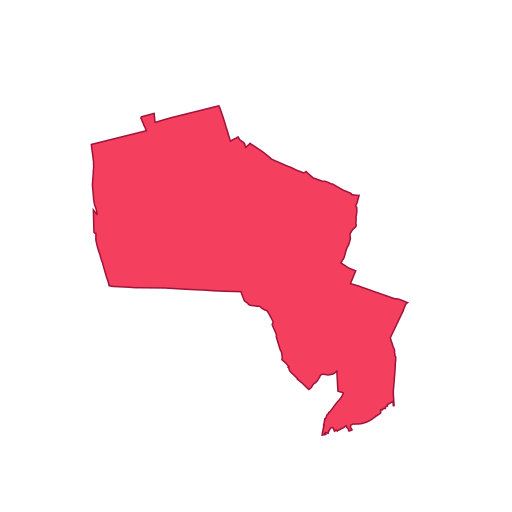 Mischii, Dolj, Romania, rotated 125°
{"feature_id": "2599482B32935756416013", "entity_name": "Mischii", "entity_type": "district", "adm_level": 2, "iso_a3": "ROU", "parent_name": "Romania", "parent_adm1": "Dolj", "projection": "robinson", "projection_center": [23.877, 44.421], "detail": "fine", "context": "isolated", "style": "filled", "palette": "rose", "viewbox_px": 512, "rotation_deg": 125, "n_neighbors": 0, "source": "geoboundaries", "source_scale": "gbopen_adm2", "svg_char_len": 5891}
<svg xmlns="http://www.w3.org/2000/svg" viewBox="0 0 512 512"><g transform="rotate(125 256 256)"><path d="M316.2,282.9L313.9,279.3L309.3,271.6L302.3,260.6L293.9,247.9L296.8,243.7L299.2,240.1L299.4,238.8L299.4,238.2L299.4,237.6L299.4,237.0L299.5,236.3L299.5,235.6L299.8,235.0L299.9,234.1L299.9,233.4L299.1,231.2L298.0,229.3L297.0,227.3L296.5,226.2L295.4,224.6L295.1,223.6L295.1,222.6L295.4,222.0L295.5,221.4L295.4,220.5L295.2,218.0L294.7,216.3L294.6,215.7L294.8,214.8L297.4,209.3L300.0,204.4L300.7,203.9L301.6,203.6L302.7,203.6L303.2,203.1L308.5,194.5L309.3,193.7L310.0,193.4L310.7,192.9L314.9,187.6L318.2,183.4L319.0,182.2L319.4,181.6L319.6,180.8L321.1,179.0L323.6,176.7L325.1,175.8L325.8,175.5L326.1,175.3L326.1,175.0L326.7,169.8L327.9,165.6L328.7,165.9L328.7,165.0L329.3,164.5L329.7,164.1L330.3,163.2L330.6,162.7L330.8,162.1L331.1,161.2L332.6,151.8L333.2,151.6L333.6,145.5L335.1,136.1L333.2,135.6L332.0,135.3L331.3,135.3L330.0,135.4L329.4,135.6L329.1,135.5L327.5,135.3L327.1,135.2L326.7,135.0L325.5,134.5L323.2,134.2L322.3,134.2L319.8,134.4L318.6,134.4L318.1,134.5L317.9,134.7L317.1,134.8L316.5,134.7L315.4,134.3L315.1,134.1L314.6,133.5L313.8,132.2L312.9,130.3L312.3,129.0L311.8,128.4L311.4,127.9L310.5,127.1L310.3,126.8L308.6,125.3L308.0,125.0L306.7,124.4L306.2,124.4L305.4,124.2L304.8,123.8L304.7,123.8L304.3,123.8L304.0,123.7L317.3,113.3L317.5,113.2L317.6,112.9L317.8,112.7L318.8,112.1L319.5,111.6L319.7,111.4L319.7,111.2L319.6,110.9L319.3,109.8L318.8,108.7L318.3,107.1L318.1,105.9L318.7,105.7L319.2,105.6L320.4,105.4L322.2,105.1L323.0,105.1L323.7,105.2L325.5,105.2L327.7,105.5L330.2,105.8L331.2,105.8L333.3,105.9L336.7,105.9L340.9,106.1L341.5,106.3L342.2,106.6L342.4,106.7L342.7,106.7L343.5,106.4L343.9,106.4L344.6,106.5L345.3,106.7L345.9,106.7L347.2,106.3L349.0,105.6L349.7,106.3L355.3,103.7L355.2,103.3L355.7,103.1L356.0,103.4L356.3,102.9L357.7,102.4L360.4,101.2L362.7,100.2L364.8,99.1L361.7,96.0L362.6,97.6L362.3,97.8L361.8,98.0L361.6,97.6L360.6,97.6L360.1,95.7L359.9,95.3L359.8,95.2L358.1,96.0L357.7,96.1L357.4,96.1L357.4,95.9L357.1,95.9L356.9,96.0L356.1,96.0L355.6,96.1L355.0,96.2L354.4,96.1L353.9,96.1L352.5,94.6L354.5,91.1L353.5,90.8L352.7,90.6L352.5,90.0L352.5,89.5L352.6,89.3L352.8,89.1L351.4,88.5L350.2,87.8L348.2,86.9L346.1,85.6L345.5,85.5L345.4,85.5L345.2,85.6L343.4,84.7L344.1,83.8L344.3,83.4L344.4,82.9L344.6,81.8L344.8,81.2L345.2,80.7L346.1,79.8L346.1,79.7L345.7,79.1L344.5,78.2L343.5,77.7L343.3,77.6L343.1,78.2L342.6,79.3L341.7,80.5L341.2,81.0L340.8,81.3L340.7,81.3L339.9,81.2L338.9,80.7L337.6,79.8L337.4,79.2L335.6,76.8L334.6,75.4L333.3,74.0L332.7,73.2L332.1,72.9L330.5,71.5L328.3,69.9L326.0,68.7L323.8,67.6L318.8,65.9L318.6,66.1L317.4,65.3L313.0,63.8L311.5,64.8L310.5,65.7L310.1,65.4L310.3,65.2L309.7,64.7L309.6,64.3L309.5,64.2L309.3,64.1L309.1,64.1L308.4,64.3L308.1,64.2L307.8,64.1L307.6,63.9L307.1,62.9L306.9,62.7L306.5,62.6L305.8,63.2L305.4,63.3L305.2,63.3L304.7,63.1L304.3,62.9L303.5,62.2L302.3,63.2L300.6,62.2L298.2,61.1L296.6,60.5L297.4,59.8L299.9,57.6L299.3,57.1L291.6,63.3L289.1,65.2L287.9,66.0L270.3,76.3L266.8,78.5L266.5,78.7L262.8,81.0L261.2,81.8L259.0,83.3L258.4,84.0L258.0,84.7L257.8,85.4L256.5,86.1L255.9,86.8L255.4,87.5L254.5,87.8L253.8,88.4L253.1,89.2L252.7,89.8L251.5,91.9L250.1,93.6L247.4,97.3L245.9,99.1L220.7,103.3L217.3,103.8L216.6,104.0L216.1,104.0L215.8,104.3L214.7,104.5L213.8,104.8L212.4,105.1L211.5,105.2L211.1,105.4L210.5,105.5L208.9,105.6L207.8,105.3L207.3,105.1L208.3,109.7L209.3,113.8L209.9,115.3L210.6,116.6L211.4,117.7L215.1,130.8L217.1,137.9L221.9,155.3L224.4,162.8L210.9,165.8L212.5,172.2L212.7,173.4L213.0,182.5L211.4,182.6L210.0,182.8L208.6,182.7L206.9,182.9L204.8,183.6L200.0,185.3L197.4,186.1L195.6,186.3L194.5,186.3L193.1,186.7L187.8,188.5L186.6,189.4L185.0,191.1L182.8,191.8L180.9,191.9L178.6,191.9L175.3,191.1L174.0,191.2L173.0,191.7L171.9,193.1L171.2,193.4L169.2,194.6L167.5,195.7L166.3,196.9L165.7,196.8L163.4,198.0L160.8,199.5L159.9,200.2L159.4,200.7L158.4,201.3L158.1,202.2L157.9,202.9L157.2,203.3L154.8,203.6L148.0,206.0L147.2,206.4L147.9,207.2L148.8,208.9L149.6,210.3L150.1,211.5L150.4,212.2L150.8,213.0L150.5,213.4L150.3,213.8L150.3,214.6L150.4,215.3L150.8,217.0L150.9,217.3L151.0,217.9L151.3,219.5L151.8,221.1L152.0,221.9L152.6,228.5L152.7,229.6L153.1,234.5L153.3,234.9L153.6,235.4L153.8,235.8L154.0,236.8L154.2,238.8L155.0,241.6L155.4,242.8L155.5,242.9L156.0,243.3L156.4,244.0L156.8,244.9L157.3,247.1L157.9,249.2L158.7,252.3L159.3,253.8L158.4,261.7L158.0,263.4L159.4,263.9L160.1,264.3L160.8,265.3L161.3,267.9L162.0,270.1L162.5,272.3L162.9,275.5L163.3,277.7L164.6,282.9L165.3,286.6L166.6,292.9L167.2,295.6L167.4,297.1L167.7,298.5L167.8,299.8L167.4,300.3L167.4,301.6L167.2,304.0L166.9,308.3L166.8,311.7L167.1,322.7L167.2,324.5L167.0,325.1L167.0,325.5L169.1,325.8L170.2,326.1L172.3,326.5L172.9,326.9L172.5,327.2L172.3,327.5L172.1,327.9L171.5,328.7L170.9,329.2L170.6,329.7L170.3,330.8L170.1,331.3L170.2,335.7L168.7,339.0L169.3,339.2L170.4,339.8L170.9,339.9L172.2,340.7L174.8,342.1L175.9,342.5L176.6,342.9L175.6,344.1L169.7,351.6L160.8,363.1L155.7,370.2L154.7,371.7L154.3,372.6L191.9,405.3L196.2,408.8L202.6,413.8L204.4,415.3L203.9,415.7L202.9,416.7L201.7,417.7L198.7,420.3L197.6,421.2L207.6,429.7L209.2,429.3L209.3,429.0L209.5,428.6L210.1,427.5L210.9,426.5L212.1,424.3L212.6,423.7L212.9,423.5L213.2,422.9L213.6,421.9L214.8,419.9L216.3,417.7L259.1,454.9L269.8,445.1L271.2,443.9L272.3,442.9L274.0,441.7L275.4,440.6L276.7,439.7L279.9,437.9L281.7,436.7L291.8,430.7L295.6,427.4L303.2,421.1L306.7,417.6L309.2,414.0L310.9,412.0L313.4,409.6L311.5,415.7L329.6,402.3L329.7,401.9L329.7,400.7L329.4,400.5L329.2,400.2L334.4,396.6L335.4,395.7L339.2,391.5L342.2,387.7L344.7,384.2L345.9,382.9L348.9,379.0L349.6,377.7L350.3,377.0L352.1,374.9L358.6,366.9L360.4,364.3L362.5,361.6L364.6,359.2L363.0,355.7L354.1,341.6L352.0,337.9L334.6,312.5L323.5,294.4L320.6,289.8L316.2,282.9Z" fill="#f43f5e" stroke="#9f1239" stroke-width="1.5"/></g></svg>